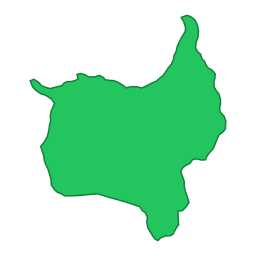 Artur Nogueira, São Paulo, Brazil (Equal Earth projection)
{"feature_id": "56859067B43378386004109", "entity_name": "Artur Nogueira", "entity_type": "district", "adm_level": 2, "iso_a3": "BRA", "parent_name": "Brazil", "parent_adm1": "São Paulo", "projection": "equal_earth", "projection_center": [-47.129, -22.556], "detail": "fine", "context": "isolated", "style": "filled", "palette": "green", "viewbox_px": 256, "rotation_deg": 0, "n_neighbors": 0, "source": "geoboundaries", "source_scale": "gbopen_adm2", "svg_char_len": 1805}
<svg xmlns="http://www.w3.org/2000/svg" viewBox="0 0 256 256"><path d="M213.1,148.8L215.0,144.4L217.4,138.3L219.1,134.7L222.2,132.7L225.3,129.1L225.8,121.0L224.1,116.3L220.2,112.0L219.6,108.2L220.5,104.0L220.4,99.1L219.0,94.2L216.1,90.4L214.2,87.1L213.9,82.7L214.9,78.0L215.2,73.9L212.0,70.0L208.6,68.4L206.3,65.5L204.5,61.4L202.0,59.0L200.6,54.2L197.4,51.4L195.6,48.0L196.0,42.8L198.0,37.2L198.5,31.2L197.5,25.2L194.7,19.7L190.4,16.4L186.8,15.4L181.2,17.4L183.9,22.2L185.7,28.1L185.0,32.0L182.3,36.1L180.1,40.3L177.3,46.2L176.0,51.8L174.2,55.0L173.4,59.5L171.5,64.0L168.5,67.6L165.9,71.4L163.3,75.3L159.9,78.0L156.3,81.2L151.3,83.3L146.9,85.7L141.8,88.0L136.7,86.7L131.2,86.7L126.1,87.8L123.4,85.6L118.4,82.5L114.0,80.7L108.9,80.3L105.7,79.9L103.1,77.4L99.5,75.4L94.5,76.9L88.3,76.9L85.3,74.8L81.0,73.5L77.0,74.3L78.1,78.9L75.0,80.6L70.8,81.6L67.0,81.6L64.2,82.9L62.0,85.5L58.3,86.5L55.3,87.2L50.1,88.6L45.1,87.2L41.6,85.7L38.3,82.1L34.0,79.3L30.2,80.8L32.5,86.7L35.8,90.2L38.7,92.4L41.3,94.0L44.4,94.8L47.2,96.1L51.6,99.2L54.5,103.4L53.0,106.8L51.2,111.0L50.2,116.6L50.8,120.6L49.6,124.5L49.0,129.5L47.5,136.1L44.8,141.2L40.7,146.5L43.4,154.6L44.3,160.0L45.4,163.6L47.7,168.5L49.4,173.6L50.9,178.9L51.4,185.2L54.5,189.7L57.5,192.3L60.7,193.4L64.8,195.9L75.7,195.7L97.7,193.8L111.2,197.9L126.8,202.3L139.9,206.8L142.1,210.4L145.3,212.8L147.5,217.2L146.7,221.5L147.9,227.9L150.0,231.5L152.4,235.5L155.0,239.1L158.1,240.6L160.4,237.9L165.3,236.0L170.4,235.7L173.1,234.0L175.8,228.9L178.6,224.6L178.3,218.5L177.9,211.2L182.4,210.6L185.9,207.1L188.9,202.7L187.6,197.7L185.6,192.1L184.2,185.9L184.2,181.4L182.3,175.9L180.7,171.4L182.9,167.6L186.3,165.1L189.9,163.4L192.6,159.5L197.2,158.9L201.4,160.0L205.6,159.8L206.9,156.3L209.3,152.9L213.1,148.8Z" fill="#22c55e" stroke="#15803d" stroke-width="1.5"/></svg>